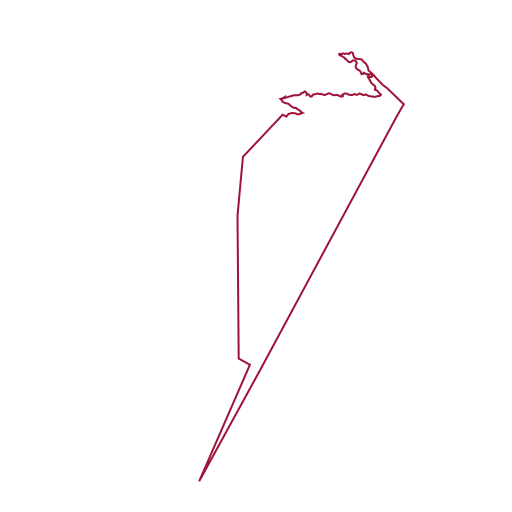 outline of Nouadhibou, Dakhlet Nouadhibou, Mauritania, rotated 119°
{"feature_id": "47542326B41685059019738", "entity_name": "Nouadhibou", "entity_type": "district", "adm_level": 2, "iso_a3": "MRT", "parent_name": "Mauritania", "parent_adm1": "Dakhlet Nouadhibou", "projection": "albers", "projection_center": [-16.719, 20.928], "detail": "fine", "context": "isolated", "style": "outline", "palette": "rose", "viewbox_px": 512, "rotation_deg": 119, "n_neighbors": 0, "source": "geoboundaries", "source_scale": "gbopen_adm2", "svg_char_len": 1883}
<svg xmlns="http://www.w3.org/2000/svg" viewBox="0 0 512 512"><g transform="rotate(119 256 256)"><path d="M480.6,196.5L353.8,197.1L231.4,198.6L66.3,200.6L53.2,200.4L51.6,200.3L45.6,222.9L45.0,228.0L42.2,236.8L40.6,241.1L39.2,247.5L36.4,250.0L34.3,253.5L34.2,254.9L33.9,256.6L32.8,258.8L33.8,261.4L34.7,263.3L34.9,266.1L33.5,267.9L31.6,269.7L31.4,271.1L32.8,272.5L34.4,272.6L35.0,275.1L36.2,276.2L36.5,278.0L38.1,279.0L38.2,280.1L38.8,281.1L39.6,280.9L39.7,275.7L39.7,274.4L40.3,273.7L40.4,272.1L41.3,269.2L41.1,267.9L40.0,266.9L38.1,266.3L36.9,263.8L38.2,261.4L41.2,261.0L42.7,260.2L43.6,258.3L43.6,255.5L44.0,254.1L45.8,251.8L44.0,250.0L43.7,251.5L43.4,250.4L43.5,247.9L42.1,244.7L41.2,243.7L41.7,241.7L42.4,241.5L43.3,241.7L44.1,242.6L44.2,244.4L44.7,245.3L45.3,244.8L46.1,243.1L47.0,242.0L47.9,240.3L48.9,238.8L49.7,234.3L51.1,233.0L52.6,232.9L53.0,232.2L52.5,230.8L54.4,224.9L56.1,225.5L57.1,227.0L58.4,228.3L59.4,229.5L59.9,231.1L60.7,232.7L61.4,235.2L61.5,238.3L63.2,239.9L63.6,244.2L65.6,245.4L66.4,246.4L66.3,247.7L66.8,248.6L67.9,249.2L69.0,250.6L69.9,252.9L69.9,255.1L70.8,257.2L73.3,258.7L73.6,257.8L74.1,257.5L74.8,258.0L75.4,259.1L75.8,263.2L77.8,266.1L78.2,271.1L82.1,274.1L82.6,277.6L83.4,278.3L84.0,280.7L87.4,284.5L89.3,284.5L90.1,285.4L90.0,286.2L89.2,288.2L89.4,289.4L90.1,289.6L90.5,289.8L89.9,290.2L89.4,290.2L88.8,291.3L88.4,292.2L88.3,292.8L88.6,293.3L90.3,293.8L90.5,294.3L91.6,295.4L92.5,295.2L93.3,295.7L94.7,296.7L97.1,300.8L104.1,307.8L103.1,308.0L105.2,309.2L106.8,310.8L107.2,309.0L108.3,307.5L108.2,306.2L108.1,304.5L107.7,303.5L107.1,301.3L108.0,298.1L108.1,294.9L107.1,292.9L107.6,289.9L107.6,287.3L108.3,286.5L108.3,284.7L109.3,285.8L110.5,286.3L111.9,288.2L112.1,290.6L113.4,293.7L115.9,296.4L119.3,297.0L119.5,301.2L175.6,315.5L229.5,291.8L235.4,288.5L354.1,221.4L354.1,208.6L480.6,196.5Z" fill="none" stroke="#9f1239" stroke-width="2"/></g></svg>